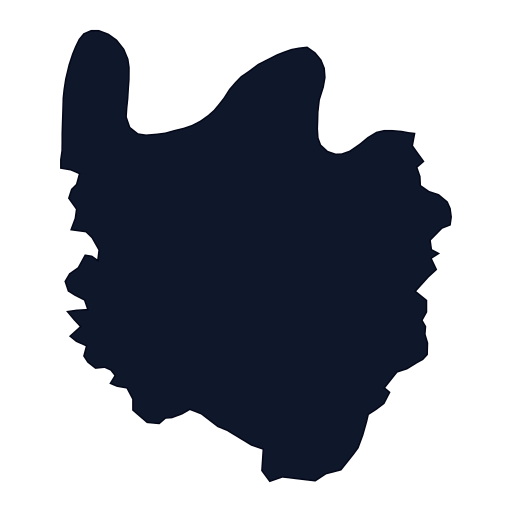 outline of Rio dos Índios, Rio Grande do Sul, Brazil
{"feature_id": "56859067B40054985686556", "entity_name": "Rio dos Índios", "entity_type": "district", "adm_level": 2, "iso_a3": "BRA", "parent_name": "Brazil", "parent_adm1": "Rio Grande do Sul", "projection": "natural_earth1", "projection_center": [-52.887, -27.252], "detail": "fine", "context": "isolated", "style": "filled", "palette": "ink", "viewbox_px": 512, "rotation_deg": 0, "n_neighbors": 0, "source": "geoboundaries", "source_scale": "gbopen_adm2", "svg_char_len": 2088}
<svg xmlns="http://www.w3.org/2000/svg" viewBox="0 0 512 512"><path d="M60.8,168.1L70.8,169.8L79.6,173.6L76.6,184.5L71.7,189.3L68.8,198.2L76.6,209.1L75.3,218.5L71.1,229.7L86.0,231.7L92.1,237.6L99.1,250.0L97.8,260.6L91.8,256.3L85.2,255.2L78.3,267.8L69.7,273.8L65.2,281.4L68.4,291.0L75.1,295.2L84.6,300.0L87.9,309.6L76.6,310.3L67.5,311.6L74.1,319.5L80.7,326.6L70.1,336.2L76.4,341.3L86.6,345.8L83.9,356.0L87.9,362.1L95.5,368.1L104.7,367.2L110.9,370.0L115.2,375.5L110.4,383.4L117.2,386.2L127.0,387.9L132.9,399.1L132.9,410.1L147.2,422.4L159.2,423.5L165.5,418.0L171.8,417.6L182.0,413.8L189.8,409.3L201.4,413.8L217.9,426.5L227.2,430.3L251.4,445.0L263.3,449.1L261.9,470.6L269.8,481.3L282.3,476.9L315.2,480.8L325.9,473.7L340.9,469.8L353.0,454.6L358.0,447.8L362.7,435.1L366.5,421.7L368.2,414.4L376.1,409.3L383.9,403.4L389.6,392.3L384.3,387.9L396.9,372.0L407.0,368.7L416.5,362.8L422.8,359.3L427.2,354.5L427.5,343.0L424.9,334.2L425.5,326.6L421.9,320.3L426.5,312.0L426.5,300.4L415.2,291.3L428.2,276.9L436.3,269.5L431.0,258.3L438.6,253.5L431.4,249.7L430.1,240.1L441.9,228.1L450.1,224.9L451.2,217.0L450.1,208.6L447.2,202.0L438.6,194.8L428.9,191.6L420.3,185.6L419.9,176.6L416.7,167.3L423.5,161.4L417.6,153.3L412.3,145.8L414.6,133.5L408.5,132.8L401.6,131.5L392.3,130.7L384.1,130.7L376.6,132.4L368.0,137.6L360.0,144.2L349.7,151.3L341.7,154.1L335.6,154.3L327.4,151.5L320.5,145.1L317.9,138.0L317.3,128.7L317.6,120.5L317.8,112.2L319.2,99.8L323.2,87.1L324.9,77.5L324.2,68.3L320.9,60.1L315.0,52.9L307.1,47.3L299.1,48.2L291.5,49.6L284.4,52.1L277.2,54.9L258.3,64.5L248.8,71.6L241.3,76.7L235.6,82.6L229.7,89.4L224.1,98.2L219.5,104.1L214.2,110.5L208.3,115.7L200.4,121.3L192.1,125.6L183.9,128.4L174.4,130.7L165.5,133.2L157.0,134.3L146.1,135.2L137.9,134.0L129.7,127.5L126.1,117.0L126.7,107.8L127.6,99.3L128.3,87.9L128.9,79.8L129.0,67.6L127.8,59.2L123.7,49.3L116.5,40.2L108.3,34.3L98.8,30.7L91.2,30.7L83.9,33.8L79.3,39.4L75.7,46.8L72.7,54.1L69.2,64.8L65.8,79.0L64.2,89.4L63.3,97.8L62.9,112.0L62.5,123.6L62.2,134.0L62.2,141.9L62.1,150.6L60.8,159.7L60.8,168.1Z" fill="#0f172a" stroke="#020617" stroke-width="1.5"/></svg>